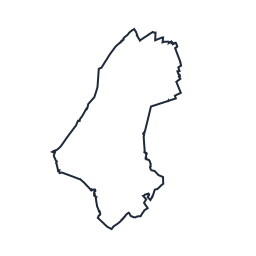 Oost Gelre, Gelderland, Netherlands (Equal Earth projection), rotated 117°
{"feature_id": "6326949B14746405768103", "entity_name": "Oost Gelre", "entity_type": "district", "adm_level": 2, "iso_a3": "NLD", "parent_name": "Netherlands", "parent_adm1": "Gelderland", "projection": "equal_earth", "projection_center": [6.593, 52.015], "detail": "fine", "context": "isolated", "style": "outline", "palette": "slate", "viewbox_px": 256, "rotation_deg": 117, "n_neighbors": 0, "source": "geoboundaries", "source_scale": "gbopen_adm2", "svg_char_len": 4894}
<svg xmlns="http://www.w3.org/2000/svg" viewBox="0 0 256 256"><g transform="rotate(117 128 128)"><path d="M183.7,184.7L183.7,184.3L183.7,184.0L183.6,183.4L183.6,183.2L183.4,182.8L183.2,182.7L182.8,182.4L182.6,182.1L186.1,181.6L186.5,181.4L186.7,181.2L187.1,180.8L188.2,179.4L188.4,179.1L188.5,179.0L189.6,177.7L189.8,177.4L189.9,176.9L189.9,176.7L190.0,176.6L190.2,176.2L191.0,176.3L191.3,176.3L191.8,175.9L191.9,176.0L192.3,175.6L192.3,175.4L193.7,174.3L193.7,174.2L194.6,173.5L195.1,173.1L197.0,171.5L198.0,170.8L197.0,169.9L197.6,169.7L197.8,169.6L198.2,169.3L198.3,169.3L198.6,169.0L199.2,168.5L198.4,167.6L197.7,166.7L196.1,153.0L195.8,150.1L195.5,147.1L195.4,147.1L195.7,146.0L196.2,144.0L196.6,142.3L197.7,139.4L198.4,137.4L198.6,136.7L199.5,134.3L200.1,133.1L199.5,132.8L200.2,132.4L200.3,132.2L199.8,131.8L199.5,131.6L199.3,131.5L199.1,131.2L198.7,131.0L198.6,130.6L198.4,130.4L198.4,130.2L198.3,129.9L197.9,129.8L197.8,129.7L198.0,129.3L198.3,129.2L198.7,129.1L198.9,128.9L198.8,128.6L199.0,128.5L199.7,128.7L200.1,129.0L200.4,129.1L201.9,128.4L202.2,128.2L202.3,128.0L202.2,127.9L202.1,127.7L202.7,127.6L203.2,127.7L203.5,127.2L203.8,127.0L203.8,126.9L203.7,126.6L203.3,126.4L203.6,125.8L204.0,125.5L204.0,125.4L204.1,125.5L207.2,123.4L212.0,119.8L213.6,117.8L215.3,116.1L214.9,115.9L215.0,115.5L215.3,115.3L215.5,115.0L216.3,114.5L216.8,113.9L217.1,113.8L217.2,113.7L217.6,113.7L218.0,113.7L218.3,113.6L218.9,113.9L219.3,114.3L221.8,114.1L222.1,112.9L222.3,112.3L222.9,110.2L223.0,110.0L224.0,106.3L224.6,104.6L224.7,104.2L225.4,101.6L225.5,96.7L222.2,96.2L217.6,93.6L216.2,93.0L214.2,92.2L213.7,92.1L212.5,91.9L212.4,92.0L211.4,91.5L211.1,91.5L210.5,91.3L210.1,91.2L210.3,91.1L207.4,90.4L207.2,90.5L206.6,90.5L203.9,89.4L203.7,89.2L203.2,89.0L203.2,88.9L203.2,88.6L203.2,88.4L204.6,86.4L204.9,86.1L205.0,85.9L205.1,84.9L205.0,83.9L205.0,83.2L204.9,83.2L204.9,82.7L204.9,82.4L204.3,80.9L204.2,80.8L203.7,80.4L203.0,80.0L202.9,79.9L202.1,78.7L201.6,78.3L201.1,77.1L201.0,76.9L200.9,76.9L200.8,76.7L198.3,76.6L196.8,76.4L195.3,76.1L194.9,76.1L194.4,76.1L194.1,76.1L193.6,75.9L190.5,74.1L189.2,76.4L188.9,77.0L187.4,79.7L183.6,79.4L183.4,79.4L181.6,83.6L181.3,83.2L181.2,83.1L179.6,82.6L179.5,82.4L177.3,80.2L177.8,79.9L177.7,79.9L177.4,79.4L177.6,79.1L177.8,78.9L178.0,78.8L180.7,79.1L182.0,75.3L176.9,75.3L177.0,75.2L175.4,75.4L175.0,75.4L174.7,75.5L171.2,76.1L170.9,76.1L170.6,76.0L169.0,74.1L168.8,74.0L163.9,72.3L163.6,72.2L161.7,71.3L155.8,74.5L155.9,76.3L155.9,76.5L155.9,76.8L156.0,77.5L156.1,79.3L156.1,79.6L156.0,79.9L155.7,80.7L154.4,84.2L154.3,84.5L154.3,84.8L154.3,85.1L154.9,87.4L155.2,88.7L155.3,88.7L155.0,88.8L153.6,89.8L153.2,90.4L153.1,90.5L152.8,90.6L151.8,90.4L151.7,90.7L151.5,90.8L151.4,90.9L149.9,91.4L149.5,91.6L148.6,92.8L148.3,93.1L148.1,93.3L147.7,93.5L147.5,94.0L147.2,94.6L147.0,94.8L147.5,97.1L147.2,97.1L146.8,97.6L146.7,97.7L147.1,97.9L147.3,98.4L146.7,98.7L146.1,98.9L142.6,99.7L142.8,100.0L142.5,100.1L142.4,100.3L142.1,100.5L142.3,100.7L142.4,100.8L142.5,100.9L142.4,101.2L142.3,101.4L142.3,101.8L142.2,102.0L141.9,102.1L142.0,102.5L141.0,102.7L139.4,103.6L134.5,106.6L128.6,110.1L126.3,110.7L126.3,111.1L126.4,111.7L125.2,112.0L124.7,111.8L124.5,111.4L124.4,111.3L124.3,111.2L110.1,114.5L98.5,117.3L97.9,116.8L94.4,113.2L92.1,111.0L90.5,109.3L89.3,108.1L89.2,108.1L85.6,104.4L85.4,104.4L85.5,104.3L85.3,104.2L80.0,98.8L77.9,100.9L72.7,96.9L64.9,105.9L60.4,103.7L59.2,105.9L58.1,105.3L57.3,106.1L57.7,106.6L56.6,107.7L56.7,108.0L55.0,109.7L53.9,108.0L51.1,110.7L48.3,109.0L46.1,111.0L45.9,110.9L44.7,112.1L37.9,119.6L35.4,122.3L33.9,121.5L33.9,121.3L33.0,121.1L32.0,122.3L31.9,122.3L30.5,123.9L30.6,124.1L30.5,124.3L30.6,124.6L30.7,124.8L30.9,124.9L32.2,125.5L32.0,125.8L32.9,126.2L31.7,127.4L32.5,127.9L31.4,128.8L33.5,130.1L32.8,130.2L32.8,130.4L32.8,131.5L33.7,132.8L34.3,134.3L36.0,136.1L32.1,137.5L31.4,137.8L31.8,138.6L32.1,138.9L37.5,143.6L30.5,146.8L31.2,148.2L31.2,149.5L35.8,152.3L35.9,152.2L41.6,155.5L43.6,156.6L43.9,156.8L44.4,157.2L44.6,157.2L41.5,162.1L41.1,161.9L38.7,164.6L38.4,165.1L37.9,166.1L37.0,167.4L37.6,167.7L38.9,168.6L42.4,170.2L42.6,170.2L44.2,170.5L44.9,170.6L45.3,170.8L45.8,170.9L47.1,171.6L48.3,172.1L49.4,172.5L50.7,172.7L51.2,172.1L54.3,173.3L54.2,173.4L55.1,173.4L55.1,173.7L60.8,176.0L69.8,177.5L70.3,177.6L78.4,178.3L80.2,178.5L86.3,179.0L88.0,180.5L88.5,180.9L105.3,173.8L109.4,173.0L112.0,172.6L115.7,172.0L115.9,172.0L121.3,173.4L121.6,173.5L124.7,174.3L128.9,173.2L129.3,173.2L130.0,173.3L130.5,173.5L130.9,173.7L130.7,173.9L138.1,174.2L141.5,174.8L142.6,174.7L143.6,174.3L143.7,174.5L143.9,174.6L144.2,175.8L147.0,175.7L147.7,175.6L148.4,175.5L149.2,175.4L150.6,175.7L160.0,177.4L165.8,178.3L169.6,178.8L175.0,179.6L178.1,180.7L179.5,181.3L181.8,183.3L182.0,183.5L182.3,183.6L182.2,183.7L182.7,184.1L183.0,184.2L183.2,184.4L183.7,184.7L183.7,184.7Z" fill="none" stroke="#1e293b" stroke-width="2"/></g></svg>